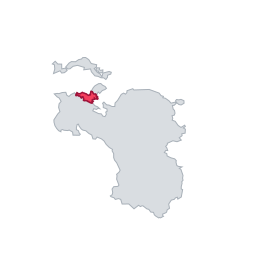 North Korea and the surrounding countries, rotated 240°
{"feature_id": "PRK", "entity_name": "North Korea", "entity_type": "country or territory", "adm_level": 0, "iso_a3": "PRK", "parent_name": "Asia", "parent_adm1": "", "projection": "equal_earth", "projection_center": [127.346, 40.359], "detail": "fine", "context": "with_neighbors", "style": "filled", "palette": "rose", "viewbox_px": 256, "rotation_deg": 240, "n_neighbors": 3, "source": "natural_earth", "source_scale": "50m", "svg_char_len": 6348}
<svg xmlns="http://www.w3.org/2000/svg" viewBox="0 0 256 256"><g transform="rotate(240 128 128)"><path d="M172.3,117.2L173.7,117.0L174.7,115.4L177.7,115.0L178.1,114.2L180.4,118.3L181.1,120.6L181.1,124.7L180.1,126.7L177.7,127.4L175.5,128.9L173.1,129.2L172.8,127.2L173.3,124.5L172.1,120.8L174.1,120.2L172.3,117.2Z" fill="#d9dde1" stroke="#a8b0b8" stroke-width="1"/><path d="M123.7,190.1L121.4,188.9L121.4,185.5L122.9,183.8L126.1,182.7L127.8,182.8L128.4,184.3L127.0,186.0L126.3,188.2L123.7,190.1ZM53.6,101.3L53.8,99.4L55.8,98.5L55.0,92.8L61.8,90.7L65.1,84.9L69.8,86.0L71.6,84.5L72.5,81.3L74.6,81.0L77.0,78.9L78.0,78.7L78.1,80.9L79.8,82.5L83.1,83.7L84.3,86.3L82.5,90.1L83.1,91.6L89.4,92.6L92.1,94.6L93.6,95.0L94.2,98.1L95.4,100.1L103.5,100.8L107.0,100.3L109.5,100.8L113.0,102.8L116.2,102.8L117.2,103.9L120.4,102.1L124.7,100.9L128.6,100.8L131.8,99.6L135.6,96.7L134.6,94.3L136.1,92.2L140.1,93.1L142.8,91.4L146.7,90.1L148.7,87.9L150.5,87.0L154.2,86.6L156.1,87.0L156.5,85.8L154.3,83.6L152.4,82.5L150.4,83.7L148.0,83.2L146.5,83.6L146.0,82.3L149.3,76.8L152.2,78.0L155.7,76.0L155.8,74.7L158.1,71.4L159.5,70.4L159.6,68.8L158.3,68.0L160.3,66.6L163.3,66.0L166.5,65.9L170.0,66.8L172.1,67.9L175.3,74.2L176.2,77.2L180.5,78.2L183.4,80.4L184.5,83.4L188.3,83.4L190.4,82.2L194.4,81.2L193.3,84.1L192.3,85.3L191.6,88.8L190.0,92.0L186.9,91.4L184.8,92.6L185.5,95.4L185.2,99.4L183.9,99.5L183.9,101.2L182.3,99.2L181.2,101.1L177.3,102.5L177.7,104.3L175.4,104.2L174.2,103.1L172.4,105.6L169.5,107.4L167.3,109.6L163.6,110.6L161.7,112.2L158.8,113.2L160.2,111.6L159.7,110.2L161.9,107.9L160.5,106.1L155.2,109.7L153.5,112.0L150.9,112.1L149.4,113.8L150.7,116.1L152.9,116.7L152.9,118.3L155.0,119.3L158.1,116.8L160.4,118.2L162.1,118.3L162.5,120.1L158.7,121.1L157.4,123.0L154.7,124.8L153.2,127.3L156.1,129.3L157.1,132.8L160.5,139.0L160.4,141.7L158.6,142.7L159.2,144.7L160.8,145.8L159.6,151.8L158.0,152.1L150.8,165.6L142.7,172.4L139.5,172.8L137.7,174.5L136.8,173.3L135.1,175.2L131.0,177.1L128.0,177.7L126.8,181.8L125.2,182.0L124.6,179.2L125.3,177.7L121.5,176.5L120.1,177.1L117.3,176.1L116.0,174.5L116.6,172.3L114.0,171.6L112.7,170.2L110.2,172.2L105.1,172.7L102.0,174.2L102.1,178.5L100.6,178.4L100.4,175.9L98.3,177.1L95.0,174.9L96.1,171.7L94.3,171.0L93.9,167.5L90.9,168.1L91.6,163.6L94.5,160.5L95.1,154.5L93.9,153.6L93.2,151.4L91.5,151.7L88.6,151.1L89.7,149.5L88.6,147.2L86.5,148.8L84.2,147.9L80.8,150.2L77.9,153.0L75.6,153.5L74.5,152.5L71.1,151.5L69.5,152.5L67.3,155.3L67.4,152.3L65.6,153.1L59.4,151.9L57.3,150.2L55.2,149.5L54.6,147.7L53.1,147.2L50.6,144.8L48.6,143.6L47.3,144.5L41.6,139.6L41.5,135.6L43.4,136.1L43.8,134.2L43.1,132.4L43.9,129.4L41.8,125.2L37.7,123.8L37.5,121.0L35.9,119.4L35.7,118.4L36.1,115.0L34.7,114.2L33.8,114.6L33.9,111.3L34.8,110.5L34.7,109.7L37.6,108.1L39.6,107.4L42.2,107.9L43.8,105.7L47.2,105.3L48.5,103.9L53.0,102.1L53.6,101.3Z" fill="#d9dde1" stroke="#a8b0b8" stroke-width="1"/><path d="M213.8,112.2L211.6,115.7L211.9,119.4L211.0,122.2L211.6,124.0L210.3,126.5L206.9,128.2L202.2,128.4L198.5,132.5L196.6,131.1L196.4,128.4L191.7,129.2L188.5,130.9L185.3,131.0L188.1,133.7L186.4,139.9L184.6,141.4L183.3,140.0L183.9,136.7L182.2,135.6L181.1,133.1L183.6,132.0L185.0,129.7L187.7,127.9L189.7,125.4L195.0,124.4L197.9,125.1L200.5,118.8L202.3,120.5L207.5,115.6L208.9,111.3L208.3,107.4L209.2,105.3L212.0,104.6L213.7,109.4L213.8,112.2ZM219.6,95.9L221.3,94.5L222.2,98.3L218.5,99.2L216.5,102.5L212.3,100.2L211.1,103.9L208.2,104.0L207.7,100.6L208.8,98.0L211.5,97.8L212.4,90.7L215.7,94.1L219.6,95.9ZM189.1,132.5L190.6,130.4L192.1,130.8L193.2,129.3L195.2,130.0L195.6,131.3L194.2,133.5L193.0,132.3L191.6,133.1L190.9,135.3L189.1,134.2L189.1,132.5Z" fill="#d9dde1" stroke="#a8b0b8" stroke-width="1"/><path d="M178.2,114.2L177.9,114.5L177.8,114.9L177.6,115.1L177.4,115.2L177.3,115.3L176.9,115.3L176.6,115.3L176.5,115.2L176.0,115.2L175.9,115.3L175.3,115.2L175.0,115.3L174.7,115.3L174.5,115.5L174.3,115.7L174.2,116.0L173.9,116.4L173.6,116.6L173.6,116.9L173.6,117.0L173.4,117.0L172.8,116.8L172.4,116.9L172.3,117.2L172.2,117.2L172.0,116.8L171.7,116.8L171.2,116.4L171.0,116.5L170.7,117.0L170.4,117.3L170.1,117.3L170.1,117.2L170.0,116.9L169.5,116.7L169.3,116.6L169.2,116.6L169.7,116.2L169.8,116.1L169.7,116.0L169.2,116.1L168.9,115.9L168.6,116.0L168.4,115.9L168.9,115.5L168.9,115.3L168.9,115.1L169.1,114.7L169.4,114.4L170.0,114.0L170.3,114.0L170.5,114.0L170.7,113.9L170.3,113.7L170.0,113.7L169.7,113.5L169.6,113.3L170.3,111.8L170.3,111.7L170.2,111.4L170.2,111.0L169.7,110.8L168.9,110.4L168.7,110.2L168.6,110.3L168.5,110.6L168.3,110.7L168.2,110.4L168.1,110.1L167.7,109.8L167.5,109.7L167.6,109.4L167.7,109.0L167.9,108.7L168.5,108.3L168.7,108.0L169.0,107.8L169.3,107.8L169.3,107.7L169.5,107.5L169.8,107.3L170.1,107.2L170.4,107.1L170.7,106.8L170.8,106.7L171.0,106.7L171.2,106.4L171.3,106.4L171.6,106.3L171.9,106.3L172.1,106.0L172.2,105.9L172.3,105.7L172.6,105.5L172.8,105.2L173.0,104.8L173.1,104.7L173.3,104.6L173.3,104.2L173.4,103.9L173.5,103.7L173.8,103.5L174.0,103.5L174.1,103.4L174.3,103.3L174.5,103.4L174.7,103.6L174.9,103.9L174.9,104.0L175.0,104.1L175.6,104.3L175.9,104.3L176.0,104.4L176.3,104.4L176.9,104.4L177.2,104.4L177.3,104.5L177.5,104.6L177.8,104.2L177.9,103.9L177.8,103.7L177.6,103.5L177.5,103.3L177.3,103.1L177.2,102.9L177.2,102.7L177.5,102.5L177.9,102.4L178.2,102.5L178.7,102.5L179.1,102.4L179.3,102.4L179.5,102.4L179.9,102.0L180.1,102.0L180.2,101.8L180.2,101.6L180.3,101.5L180.4,101.3L180.5,101.1L180.8,101.1L181.0,101.1L181.3,101.1L181.5,101.0L181.6,100.9L181.6,100.5L181.7,100.1L181.7,99.9L181.9,99.5L181.9,99.3L182.0,99.2L182.3,99.3L182.5,99.2L182.6,99.3L182.9,99.5L182.9,100.0L183.0,100.2L183.2,100.4L183.4,100.6L183.6,100.6L183.7,100.9L183.9,101.1L184.0,101.3L184.1,101.5L183.9,101.6L183.5,101.5L183.1,101.8L182.9,101.9L182.8,102.2L182.5,102.4L182.3,102.6L182.1,102.9L182.0,103.2L181.7,103.5L181.5,103.9L181.5,104.2L181.7,104.6L181.7,104.9L181.6,105.5L181.7,106.2L181.6,106.4L180.6,106.9L180.4,107.1L180.0,107.7L179.6,107.9L179.4,108.1L179.0,108.3L178.7,108.7L178.5,108.9L178.2,109.1L177.9,109.2L177.4,109.3L177.1,109.4L176.8,109.7L176.0,110.1L175.9,110.4L176.0,110.9L176.0,111.2L175.9,111.5L175.7,111.4L175.6,111.5L175.5,111.8L175.6,112.1L175.8,112.2L176.0,112.3L176.4,112.4L176.6,112.5L177.1,113.2L177.5,113.5L177.8,113.7L178.0,114.0L178.2,114.2ZM169.0,111.0L168.8,111.1L168.8,110.9L169.0,110.7L169.0,111.0Z" fill="#f43f5e" stroke="#9f1239" stroke-width="1.5"/></g></svg>